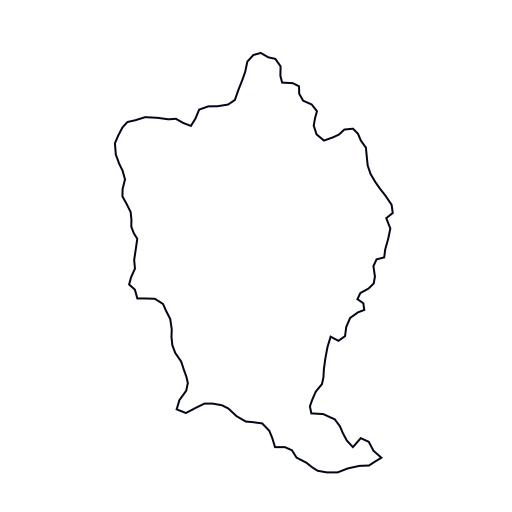 São Félix de Minas, Minas Gerais, Brazil (orthographic projection), rotated 100°
{"feature_id": "56859067B81649197626809", "entity_name": "São Félix de Minas", "entity_type": "district", "adm_level": 2, "iso_a3": "BRA", "parent_name": "Brazil", "parent_adm1": "Minas Gerais", "projection": "orthographic", "projection_center": [-41.443, -18.569], "detail": "fine", "context": "isolated", "style": "outline", "palette": "ink", "viewbox_px": 512, "rotation_deg": 100, "n_neighbors": 0, "source": "geoboundaries", "source_scale": "gbopen_adm2", "svg_char_len": 1985}
<svg xmlns="http://www.w3.org/2000/svg" viewBox="0 0 512 512"><g transform="rotate(100 256 256)"><path d="M161.3,412.6L169.5,414.5L180.4,411.7L188.7,406.9L195.0,402.3L203.3,398.3L213.3,399.0L220.5,397.9L226.8,392.8L234.4,387.1L241.9,385.0L248.8,383.9L254.8,380.3L259.7,375.9L269.3,375.6L281.1,375.3L289.4,373.0L298.5,375.3L306.1,376.0L310.2,369.4L318.4,365.5L317.0,357.2L315.7,348.2L319.4,339.2L325.3,335.3L333.0,329.5L343.0,326.2L350.4,325.2L358.4,322.9L365.5,318.7L372.9,311.4L380.9,307.1L387.0,303.6L392.9,301.1L400.7,301.3L411.2,306.4L420.8,307.5L422.8,297.8L415.8,288.7L410.3,281.1L408.9,273.3L408.9,263.6L411.0,256.7L417.1,247.4L420.8,237.3L420.2,230.7L419.8,220.8L425.9,212.5L432.4,208.4L440.9,204.1L439.2,194.4L441.1,186.8L447.5,181.1L450.9,170.3L454.3,164.1L456.8,158.0L456.8,148.6L455.0,138.2L449.2,128.6L444.7,117.6L442.7,108.3L437.7,103.0L432.9,97.5L427.4,106.5L419.4,112.7L417.2,121.2L427.4,127.4L421.9,134.6L414.8,140.1L409.2,143.7L403.2,150.0L400.0,162.4L401.4,174.2L394.6,176.8L388.0,175.7L379.2,173.6L370.7,168.8L363.8,168.5L355.7,169.5L345.4,169.9L333.4,169.8L322.5,168.5L325.2,160.1L319.5,154.4L310.1,154.8L300.6,152.5L293.8,145.8L290.3,140.0L283.9,142.1L280.9,148.6L274.3,146.8L268.6,139.6L262.6,135.3L255.6,135.3L245.6,138.6L238.4,136.7L235.1,129.5L227.2,129.9L216.2,128.8L205.6,128.5L196.1,134.3L189.9,128.8L182.1,131.3L173.8,139.3L168.4,145.4L162.7,151.1L155.5,157.3L147.6,161.7L140.2,163.8L130.2,166.6L124.1,172.8L117.9,176.8L113.8,182.6L116.1,190.9L122.1,195.5L125.8,200.8L130.5,209.1L125.7,217.5L117.6,221.8L110.1,221.8L102.8,221.1L97.1,227.5L94.9,236.5L88.8,241.6L81.4,243.1L79.4,249.8L80.7,260.4L74.2,263.3L65.0,264.7L58.5,271.2L58.2,278.4L55.2,286.6L58.5,293.5L66.1,298.3L76.2,298.6L84.9,300.0L95.0,302.1L106.0,303.9L111.7,309.8L115.2,319.9L116.9,328.9L121.7,337.4L131.2,339.5L139.2,342.7L137.7,350.5L134.8,358.8L136.6,365.9L137.0,376.7L138.5,389.2L143.2,398.3L146.4,405.9L152.5,409.8L161.3,412.6Z" fill="none" stroke="#020617" stroke-width="2"/></g></svg>